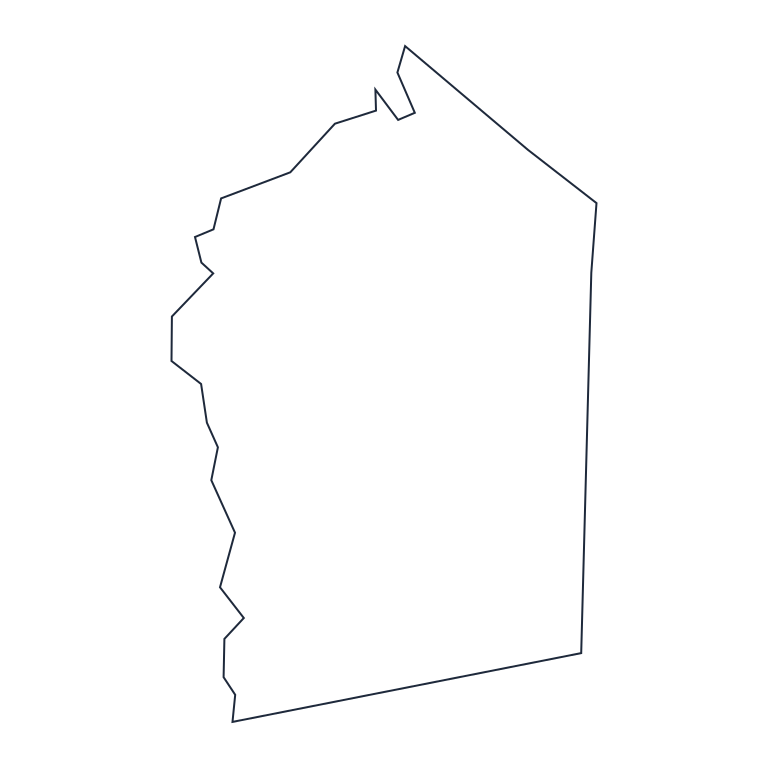 Jasper, Georgia, United States of America
{"feature_id": "52423323B27475125151595", "entity_name": "Jasper", "entity_type": "district", "adm_level": 2, "iso_a3": "USA", "parent_name": "United States of America", "parent_adm1": "Georgia", "projection": "equal_earth", "projection_center": [-83.762, 33.329], "detail": "fine", "context": "isolated", "style": "outline", "palette": "slate", "viewbox_px": 768, "rotation_deg": 0, "n_neighbors": 0, "source": "geoboundaries", "source_scale": "gbopen_adm2", "svg_char_len": 496}
<svg xmlns="http://www.w3.org/2000/svg" viewBox="0 0 768 768"><path d="M224.4,638.9L223.6,677.2L235.2,694.8L232.5,721.9L581.2,653.1L591.3,272.8L596.5,203.1L528.0,149.9L405.1,46.1L397.4,72.5L414.8,112.8L398.1,119.9L375.4,89.6L376.0,110.6L334.9,123.7L290.3,172.3L221.1,198.4L213.5,229.3L195.0,237.0L201.4,262.6L213.2,273.4L171.9,316.5L171.5,361.0L201.1,384.0L206.9,422.7L217.9,447.3L211.3,480.2L235.0,532.7L220.0,587.3L243.8,618.0L224.4,638.9Z" fill="none" stroke="#1e293b" stroke-width="2"/></svg>